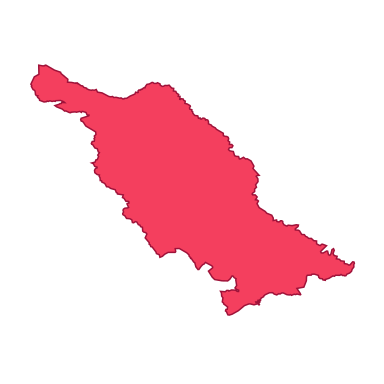 San Bartolo Tutotepec, Hidalgo, Mexico, rotated 92°
{"feature_id": "50627088B89950958410687", "entity_name": "San Bartolo Tutotepec", "entity_type": "district", "adm_level": 2, "iso_a3": "MEX", "parent_name": "Mexico", "parent_adm1": "Hidalgo", "projection": "equal_earth", "projection_center": [-98.204, 20.469], "detail": "fine", "context": "isolated", "style": "filled", "palette": "rose", "viewbox_px": 384, "rotation_deg": 92, "n_neighbors": 0, "source": "geoboundaries", "source_scale": "gbopen_adm2", "svg_char_len": 5997}
<svg xmlns="http://www.w3.org/2000/svg" viewBox="0 0 384 384"><g transform="rotate(92 192 192)"><path d="M89.9,356.8L91.1,355.9L92.1,356.2L95.2,354.4L95.9,352.9L96.9,352.3L100.1,351.8L101.0,351.0L101.3,349.4L102.0,349.9L102.8,349.6L104.3,347.8L105.7,347.5L107.2,343.0L106.8,340.5L106.2,340.0L106.5,338.7L105.8,337.2L106.4,335.0L105.9,333.2L106.2,331.8L105.5,331.3L105.1,326.7L106.2,323.4L107.1,322.3L107.1,325.3L108.1,325.7L108.2,326.9L109.0,328.0L110.4,332.0L111.6,330.3L113.7,324.5L115.6,322.1L115.4,320.9L116.9,317.3L117.0,316.0L116.5,315.7L116.0,311.5L116.3,310.4L115.4,306.9L116.3,305.3L115.4,304.8L115.3,304.0L116.2,300.7L118.5,299.6L118.8,297.6L119.5,297.8L122.2,305.4L123.7,305.8L125.1,305.1L125.0,304.4L126.1,303.0L129.7,300.5L135.3,290.4L137.9,290.0L139.5,291.6L141.0,291.0L142.1,291.8L143.1,291.2L144.7,291.5L145.0,293.5L147.0,294.3L147.8,293.9L148.1,292.9L151.4,290.6L152.1,288.1L155.1,287.1L155.9,285.9L158.4,287.5L159.8,286.6L162.9,287.8L163.3,289.2L165.5,289.9L166.5,293.2L167.2,291.5L169.7,290.2L170.5,287.7L171.3,287.8L171.9,289.3L173.7,290.2L176.1,289.8L177.9,287.3L178.3,285.1L179.4,285.4L181.0,284.4L183.8,284.1L183.9,282.8L185.4,282.3L185.9,280.6L187.1,279.0L189.7,277.6L189.8,275.6L191.3,273.4L192.4,268.8L195.2,267.6L195.7,266.5L196.6,266.4L197.3,260.6L200.0,261.3L200.6,259.8L203.6,257.7L203.5,255.6L204.1,254.7L205.3,254.7L205.6,256.2L206.1,256.6L209.6,254.8L210.1,255.6L210.5,258.5L211.5,259.9L212.6,260.3L214.4,259.7L215.9,260.5L217.0,260.3L218.2,258.2L220.7,256.5L220.9,253.1L221.9,251.2L224.6,250.5L224.8,249.2L223.6,247.6L223.9,246.1L226.5,244.5L227.0,242.8L228.4,242.2L229.0,240.3L232.8,239.9L233.8,238.7L234.2,236.8L235.6,235.6L239.5,237.2L244.1,233.0L245.7,233.0L246.3,231.9L248.0,231.3L248.3,229.9L253.2,225.9L254.8,225.4L255.8,222.5L258.4,221.8L257.3,219.3L255.2,217.2L253.2,213.8L252.9,206.7L252.2,206.2L249.2,206.8L248.9,202.7L252.9,195.2L255.0,192.8L256.3,192.6L258.0,190.8L258.5,191.0L258.8,190.1L261.9,187.9L262.5,186.8L266.7,185.5L269.3,183.3L269.2,182.4L266.0,180.3L264.2,178.7L263.6,177.4L261.9,176.1L265.0,169.7L266.2,168.7L267.1,168.8L270.5,172.8L276.4,168.8L278.7,166.3L279.7,158.9L279.6,153.2L277.9,151.2L274.5,149.0L274.6,148.1L276.1,146.9L277.2,144.9L278.3,145.2L283.9,144.1L286.4,145.7L287.8,144.0L288.5,141.9L289.8,142.0L289.8,143.4L288.6,145.1L288.5,149.0L289.7,151.7L289.1,152.3L289.1,153.7L290.5,155.3L290.3,160.0L291.7,159.1L295.0,158.7L296.7,157.4L300.8,157.9L302.0,156.5L302.8,156.4L305.6,152.4L308.0,152.7L308.2,154.0L309.7,154.4L310.4,153.4L313.5,151.9L313.7,150.4L312.7,147.6L309.0,141.5L303.7,135.6L301.9,131.3L301.8,129.9L302.6,126.1L301.4,122.4L302.5,121.1L302.0,120.7L301.0,121.7L299.9,120.6L299.6,121.4L300.2,124.2L299.7,124.4L299.8,123.3L298.9,122.7L298.7,121.3L298.2,122.2L297.8,122.1L298.2,120.5L297.9,119.8L297.1,120.3L296.3,119.3L295.7,119.3L294.1,116.7L293.2,116.5L292.0,115.1L290.0,111.1L289.8,107.9L291.1,106.4L291.9,103.7L290.6,101.7L290.9,100.5L289.8,98.8L289.7,97.3L291.3,93.6L291.5,91.1L291.1,90.0L291.8,89.0L290.6,86.3L290.9,84.9L290.3,83.5L291.0,80.2L290.7,79.8L289.3,80.5L284.7,83.8L283.2,76.9L276.7,74.6L272.6,74.6L271.2,73.9L270.9,69.9L270.0,69.3L269.8,66.9L270.9,62.9L272.9,62.3L274.0,61.1L274.2,58.6L275.3,58.1L275.6,55.7L274.8,55.8L273.5,52.1L271.0,48.3L271.2,46.6L270.2,45.7L270.1,41.3L269.2,40.2L270.2,38.6L270.1,36.9L270.5,36.5L270.3,35.3L268.7,34.3L267.5,31.6L265.7,29.8L263.7,29.3L261.3,27.6L258.9,27.8L257.6,27.2L256.3,27.7L256.2,29.0L259.4,31.7L259.5,32.8L258.6,34.4L258.2,37.2L255.9,37.5L255.6,41.0L254.2,42.1L253.7,45.4L251.2,44.7L250.6,47.6L248.6,48.9L245.3,47.8L243.7,48.6L244.7,50.1L249.0,51.0L250.5,52.1L249.9,53.4L246.4,54.4L246.3,55.4L248.4,58.8L248.3,60.8L247.0,61.4L241.0,55.7L239.6,59.7L239.8,60.8L241.0,61.8L240.8,63.0L239.4,65.7L236.6,65.8L236.4,68.6L234.2,71.1L234.3,73.8L232.9,75.4L232.4,76.9L230.7,78.2L230.6,80.9L227.2,83.1L226.5,84.2L226.3,87.4L225.2,87.5L222.8,84.8L221.3,84.5L221.1,86.6L222.1,90.8L221.8,94.8L222.7,95.8L222.6,96.5L221.6,98.9L219.7,100.2L218.2,100.3L217.6,101.3L217.7,102.7L218.6,103.3L218.9,104.6L218.5,106.2L217.0,106.5L217.7,109.9L215.2,109.9L212.4,111.5L210.6,116.6L208.9,118.1L205.3,124.3L201.4,126.6L198.7,125.3L197.8,126.3L197.5,128.3L194.7,126.7L192.7,128.7L192.7,131.3L192.0,131.8L191.3,131.6L189.4,129.4L186.8,129.5L185.0,127.7L182.6,128.7L179.4,126.4L176.5,126.6L174.0,128.4L173.3,127.5L173.0,125.5L166.4,131.9L164.0,131.0L158.9,134.1L156.9,137.9L157.1,139.7L155.5,141.7L157.1,144.4L157.3,145.8L154.9,146.7L154.8,149.2L154.2,150.7L150.1,152.1L149.6,155.5L148.4,157.0L146.8,156.4L146.4,155.8L146.3,153.7L144.4,152.7L143.1,153.9L143.2,156.3L140.7,156.1L139.5,157.8L137.6,157.2L136.1,157.7L135.3,159.1L135.2,160.9L134.6,162.6L132.2,162.8L128.5,169.8L127.1,170.9L125.5,174.3L124.5,174.9L123.3,177.9L121.0,178.0L119.6,178.7L119.2,179.8L119.6,181.0L118.2,181.6L117.8,182.6L117.8,183.9L118.8,185.1L118.7,186.2L117.7,186.5L118.1,188.1L115.7,188.9L115.4,192.0L113.1,194.0L111.8,194.1L111.2,195.0L109.8,195.0L109.2,197.2L107.9,197.4L106.5,196.6L105.7,197.0L104.2,199.8L103.7,202.2L101.4,201.9L100.7,203.5L99.4,204.0L99.1,206.2L99.9,206.7L99.8,207.5L96.9,207.3L96.9,209.1L95.0,208.7L93.8,210.8L92.0,211.7L91.7,214.1L89.1,213.9L88.8,216.0L86.0,218.6L86.5,220.6L86.4,222.7L87.3,224.2L87.5,225.5L86.3,227.5L85.1,227.7L84.0,230.3L84.7,231.4L84.8,233.7L83.9,235.0L83.9,235.8L85.5,238.4L86.0,240.8L88.5,242.5L89.4,242.5L89.7,244.2L90.9,245.2L91.3,245.8L91.0,246.3L92.0,247.3L91.8,248.5L93.0,249.5L94.4,249.3L94.6,250.1L94.2,251.8L96.1,252.5L98.3,257.2L100.6,260.5L100.8,262.9L101.3,263.2L101.4,264.4L100.4,266.2L100.8,267.3L100.0,271.2L100.3,273.5L99.3,274.7L99.7,276.4L99.4,278.5L96.1,285.3L95.5,289.9L92.9,291.3L93.7,293.1L93.5,295.4L93.9,296.0L93.4,298.7L92.5,300.8L91.9,301.0L91.2,303.8L89.8,305.0L89.6,306.6L86.6,311.1L87.5,310.5L87.0,311.8L87.4,312.2L86.7,316.1L86.6,320.2L83.7,320.0L78.2,327.0L76.9,327.5L75.0,333.7L70.3,342.5L70.5,343.3L70.9,343.4L71.2,345.4L70.6,349.6L79.7,349.1L82.4,353.6L89.9,356.8Z" fill="#f43f5e" stroke="#9f1239" stroke-width="1.5"/></g></svg>